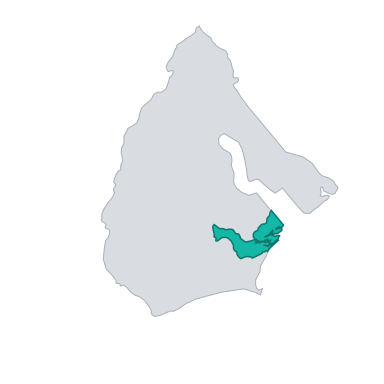 Senegal, with Fatick highlighted, rotated 230°
{"feature_id": "SEN-764", "entity_name": "Fatick", "entity_type": "Region", "adm_level": 1, "iso_a3": "SEN", "parent_name": "Senegal", "parent_adm1": "", "projection": "equal_earth", "projection_center": [-16.406, 14.163], "detail": "fine", "context": "in_parent", "style": "filled", "palette": "teal", "viewbox_px": 384, "rotation_deg": 230, "n_neighbors": 0, "source": "natural_earth", "source_scale": "10m", "svg_char_len": 7067}
<svg xmlns="http://www.w3.org/2000/svg" viewBox="0 0 384 384"><g transform="rotate(230 192 192)"><path d="M278.2,175.3L282.0,184.0L281.2,188.1L280.4,194.1L282.5,198.5L285.0,201.3L286.8,204.0L288.8,207.6L289.2,214.8L288.9,220.0L290.1,222.4L291.3,225.4L291.1,227.8L290.4,230.0L288.0,232.9L287.6,238.3L291.5,244.9L294.1,248.5L294.0,250.5L294.7,252.8L296.6,255.4L297.7,254.8L299.0,252.6L299.5,251.1L302.9,251.8L304.4,252.5L306.6,256.8L307.4,259.6L307.9,263.2L310.2,267.7L312.2,270.8L312.6,272.8L314.4,275.4L313.3,281.4L313.5,284.4L312.3,292.3L312.1,296.1L312.2,297.5L314.8,300.3L314.6,304.3L311.9,303.6L307.2,303.2L297.9,305.3L294.6,304.4L288.5,304.7L284.1,305.8L278.6,308.5L274.3,307.8L271.9,305.7L268.8,305.9L265.4,304.8L261.7,302.8L258.3,301.8L254.7,298.1L253.0,297.5L251.8,298.4L250.8,299.6L249.7,300.4L247.8,299.7L247.0,297.2L247.6,294.8L247.8,293.0L246.9,292.0L244.6,291.7L241.1,291.7L235.3,290.9L233.9,290.5L221.0,289.8L207.6,289.8L196.3,289.7L181.9,289.6L171.8,289.6L162.4,289.5L155.2,294.4L147.3,299.7L136.7,302.5L124.6,301.5L120.7,302.2L116.6,304.6L113.7,306.3L109.5,307.3L104.1,306.5L101.9,307.0L100.5,304.6L99.0,300.7L99.9,297.8L103.2,296.0L108.2,293.6L110.8,294.8L112.3,294.9L112.6,293.3L112.1,292.5L108.4,290.4L106.4,287.6L104.8,289.2L103.4,292.6L102.3,293.7L100.6,294.6L99.6,292.3L99.2,290.1L100.0,288.3L99.6,278.6L100.1,273.4L99.8,268.9L102.2,265.9L104.4,264.0L113.1,263.9L121.2,263.7L129.0,263.8L136.9,263.9L137.7,254.9L140.2,254.2L144.0,253.2L151.0,252.1L158.8,251.1L160.4,249.3L161.7,246.3L162.5,243.6L164.1,242.5L166.3,243.4L169.2,244.8L172.2,247.0L175.6,249.0L177.8,250.3L183.3,253.4L192.6,257.9L200.3,259.7L209.5,256.4L216.2,254.3L217.0,250.4L215.9,246.6L210.9,243.2L204.2,243.5L202.1,244.5L199.0,245.6L197.1,246.1L193.9,245.3L189.8,242.3L187.3,239.3L183.7,237.8L179.5,236.4L172.7,230.2L169.2,229.1L165.8,228.7L159.4,230.0L153.1,233.3L149.8,240.9L143.6,240.7L130.2,240.5L118.0,240.3L107.9,240.8L106.8,235.3L104.4,230.9L100.6,227.2L99.7,223.8L101.0,220.7L104.8,218.3L105.6,216.5L103.7,216.8L100.7,218.4L98.7,218.4L98.5,213.7L95.2,207.5L91.5,197.1L87.3,192.8L83.8,184.4L80.1,181.1L76.7,179.6L73.8,179.9L72.7,183.8L69.2,178.2L74.1,176.2L84.6,169.3L96.7,149.4L107.6,125.9L109.0,120.3L110.3,116.1L111.2,106.5L112.7,100.8L114.2,99.7L116.0,95.3L118.2,87.7L120.7,83.4L123.5,82.6L125.7,82.9L127.2,84.5L131.8,85.5L139.4,85.9L145.2,84.7L149.3,82.1L154.7,80.7L161.4,80.7L165.0,79.6L165.3,77.4L166.2,76.7L167.6,77.6L168.9,77.2L170.1,75.7L171.4,75.5L172.6,76.9L178.2,77.3L188.2,76.8L197.5,80.8L206.0,89.4L210.5,95.1L210.7,98.0L212.2,100.9L214.7,103.8L217.0,104.4L219.1,102.5L220.8,102.7L222.0,105.0L224.4,105.4L227.1,104.0L229.1,104.5L229.4,105.8L229.9,106.6L231.2,106.9L232.9,108.6L235.4,113.1L237.5,119.5L239.1,127.7L241.1,132.2L243.7,132.9L245.2,134.6L245.5,136.5L246.2,137.9L247.4,138.6L249.6,138.2L252.1,140.9L254.9,146.9L255.3,149.6L254.9,151.1L255.1,152.2L256.9,153.2L258.6,155.2L260.0,158.1L263.0,160.7L267.7,163.0L271.0,166.5L273.1,171.1L277.3,174.9L278.2,175.3Z" fill="#d9dde1" stroke="#a8b0b8" stroke-width="1"/><path d="M115.1,209.6L113.2,209.6L112.1,209.0L112.2,207.9L111.6,208.3L111.4,209.1L111.5,209.9L111.9,210.4L111.4,210.8L111.0,210.7L110.6,210.5L110.2,210.4L109.8,210.6L109.7,211.0L109.6,211.5L109.5,211.9L108.5,214.3L108.1,214.8L107.7,215.1L106.8,215.3L106.3,215.8L106.0,216.4L105.5,217.6L105.1,218.1L104.2,218.5L103.4,218.3L102.5,217.9L101.5,217.8L102.5,215.6L102.5,215.2L103.2,214.9L104.3,213.3L103.7,213.5L103.2,214.6L102.8,214.8L101.9,214.9L101.6,215.0L101.3,215.2L101.7,215.9L101.7,216.4L101.0,217.4L100.9,217.8L100.8,218.6L100.6,219.1L99.8,220.2L99.6,220.7L99.4,222.2L99.6,227.3L99.4,227.3L99.2,217.0L99.0,215.5L98.3,212.9L97.9,212.0L98.0,212.0L98.3,211.5L99.4,211.1L99.6,210.8L99.6,210.5L99.5,210.3L99.4,210.1L99.3,209.8L99.3,209.4L99.4,209.1L100.4,208.0L100.6,207.5L100.6,207.2L100.3,206.8L100.1,206.7L100.0,206.4L100.6,203.4L102.6,195.8L102.7,195.7L102.9,195.6L104.2,195.5L104.5,195.5L104.7,195.3L104.8,195.2L105.0,195.0L105.3,194.3L105.7,194.0L105.8,193.9L106.3,193.7L106.6,193.4L107.3,192.5L108.3,190.7L108.5,190.3L108.8,189.2L109.1,187.6L109.6,186.6L110.1,186.4L111.9,186.1L115.3,186.4L115.6,186.5L115.8,186.7L116.1,187.0L116.4,187.3L116.7,187.5L117.0,187.6L117.3,187.6L119.3,187.0L119.8,187.0L121.1,187.2L122.4,187.7L122.8,188.0L123.3,188.4L123.7,189.0L124.1,189.2L124.7,189.5L129.0,190.5L129.6,190.5L132.9,190.0L134.3,189.6L135.2,189.0L135.4,188.8L137.6,186.0L137.7,185.8L137.8,185.5L137.9,184.9L138.1,180.4L138.1,180.1L138.2,179.8L138.4,179.6L138.6,179.4L139.1,179.1L139.3,178.9L141.2,180.8L142.1,180.7L143.2,180.2L143.9,180.3L144.8,181.6L146.1,182.3L151.4,185.0L152.3,186.0L152.9,187.9L151.4,188.4L149.3,188.9L147.3,189.3L146.4,189.5L145.6,190.4L143.7,192.4L142.8,193.0L141.8,193.1L140.2,195.5L139.3,197.0L138.3,198.0L137.0,199.1L134.0,199.0L132.1,198.8L131.3,199.3L130.5,200.3L129.7,200.7L126.3,200.0L126.1,199.7L126.1,199.4L125.8,199.4L123.7,199.6L121.3,200.3L120.0,200.5L119.6,200.7L119.2,201.2L118.1,202.9L116.1,206.8L115.7,208.6L115.1,209.6L115.1,209.6ZM126.9,240.9L125.3,240.9L122.8,240.9L120.3,240.9L117.8,240.9L115.3,240.9L112.9,240.8L110.4,240.8L107.9,240.8L107.5,240.0L107.3,239.5L107.3,238.0L108.0,237.1L109.0,236.4L110.0,235.4L109.8,235.2L109.4,234.8L109.2,234.7L109.7,234.1L110.1,233.2L110.0,232.6L109.2,232.5L109.3,233.3L109.1,234.4L108.7,235.1L108.1,235.0L107.8,236.2L107.2,236.9L106.4,237.2L105.6,236.9L104.9,235.9L104.8,234.9L105.1,232.8L105.2,231.5L105.3,231.0L105.6,230.3L107.1,228.1L107.3,227.3L107.5,227.5L108.2,227.9L108.4,228.1L108.3,227.8L108.1,226.9L109.5,226.6L109.5,227.7L109.8,228.7L110.3,229.3L110.9,229.1L110.6,227.9L110.5,226.6L110.3,225.5L109.7,225.1L109.9,224.4L110.8,219.4L110.9,218.5L110.0,220.2L109.6,221.2L109.3,223.5L108.9,224.8L108.4,225.7L107.8,225.5L107.5,225.5L107.1,226.2L106.4,226.5L105.6,226.6L104.8,226.9L104.4,227.4L104.3,227.9L104.2,228.3L104.0,228.8L103.8,229.1L103.3,229.4L103.1,229.7L102.7,230.7L102.4,231.1L102.0,230.8L101.8,230.3L101.8,229.6L101.8,229.1L101.4,228.8L100.9,228.3L100.7,227.3L100.7,226.2L101.0,225.5L100.8,224.7L100.6,223.9L100.5,222.2L100.5,221.3L100.6,220.8L100.9,220.4L101.8,219.4L102.3,219.2L102.8,219.2L104.0,219.4L104.5,219.6L104.9,220.0L104.8,220.7L105.4,220.1L105.8,219.3L106.4,218.8L107.3,219.3L107.3,218.1L107.6,217.6L108.1,217.2L108.7,216.7L108.2,216.9L107.6,217.0L107.1,216.9L106.7,216.3L108.5,214.9L109.2,214.1L110.2,212.4L110.8,211.8L112.1,211.3L112.7,210.3L113.2,210.0L113.5,210.2L113.8,210.6L114.1,210.9L114.5,210.6L114.8,210.4L115.4,210.0L118.0,210.0L118.4,210.3L118.7,210.5L119.8,211.5L120.4,212.1L120.6,212.5L120.9,213.1L121.1,214.2L121.1,214.9L121.0,215.5L120.9,215.9L120.5,216.7L120.4,217.1L120.4,217.6L121.2,218.9L121.7,219.5L121.9,220.1L122.4,223.7L122.4,224.1L122.4,224.5L122.2,225.0L122.0,225.4L121.6,226.1L121.0,226.8L120.8,227.1L120.7,227.5L120.7,227.9L120.6,228.7L120.7,229.1L120.8,229.6L121.2,230.1L122.5,231.5L123.1,232.0L123.4,232.3L123.6,232.7L123.8,233.4L124.0,235.2L124.1,236.0L124.4,236.5L124.7,237.0L126.0,238.5L126.5,239.5L126.7,240.5L126.9,240.9L126.9,240.9Z" fill="#14b8a6" stroke="#0f766e" stroke-width="1.5"/></g></svg>